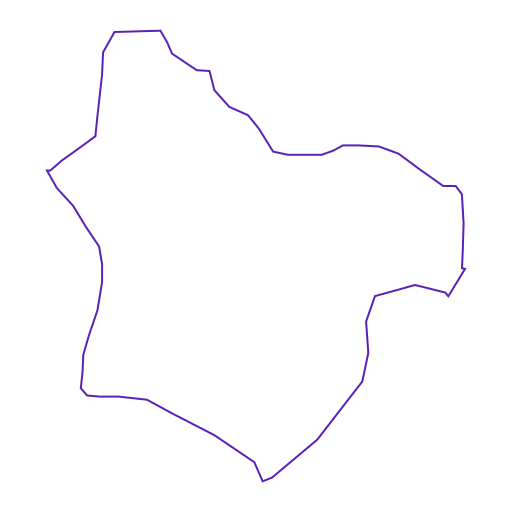 Bogdanci, orthographic projection
{"feature_id": "MKD-2996", "entity_name": "Bogdanci", "entity_type": "Statistical Region", "adm_level": 1, "iso_a3": "MKD", "parent_name": "North Macedonia", "parent_adm1": "", "projection": "orthographic", "projection_center": [22.578, 41.189], "detail": "fine", "context": "isolated", "style": "outline", "palette": "violet", "viewbox_px": 512, "rotation_deg": 0, "n_neighbors": 0, "source": "natural_earth", "source_scale": "10m", "svg_char_len": 881}
<svg xmlns="http://www.w3.org/2000/svg" viewBox="0 0 512 512"><path d="M448.3,296.3L445.4,292.6L415.0,285.0L375.0,296.1L366.1,321.5L368.3,353.0L362.3,381.5L317.2,439.7L272.0,477.6L262.7,481.3L262.2,480.2L254.3,462.2L214.4,435.2L171.9,413.3L146.9,399.7L118.6,396.6L99.6,396.6L87.1,395.5L80.8,388.2L82.5,372.5L83.3,354.8L88.7,336.1L97.5,310.1L102.1,281.9L102.1,264.2L99.1,246.5L85.8,226.7L73.1,205.8L56.8,188.0L47.0,170.5L50.3,170.5L62.0,160.4L78.0,149.0L95.4,136.2L97.3,117.2L102.0,75.2L103.1,52.3L114.5,32.0L160.4,30.7L167.1,42.2L172.0,53.6L196.7,70.2L209.5,71.0L214.4,90.2L229.3,106.9L248.1,115.3L258.9,128.7L273.1,151.6L288.0,154.8L308.4,154.8L321.7,154.8L333.4,150.6L342.9,145.4L358.6,145.4L379.0,146.5L398.6,153.7L418.2,168.3L443.2,186.0L455.7,186.0L461.9,194.3L463.6,223.5L462.8,249.6L462.0,268.2L465.0,268.9L448.3,296.3Z" fill="none" stroke="#5b21b6" stroke-width="2"/></svg>